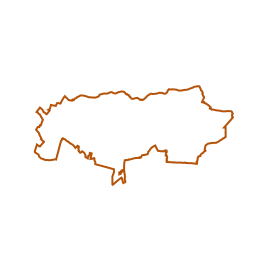 the district of Schitu Duca, Iasi, Romania, rotated 130°
{"feature_id": "2599482B72695645747592", "entity_name": "Schitu Duca", "entity_type": "district", "adm_level": 2, "iso_a3": "ROU", "parent_name": "Romania", "parent_adm1": "Iasi", "projection": "natural_earth1", "projection_center": [27.758, 47.015], "detail": "fine", "context": "isolated", "style": "outline", "palette": "amber", "viewbox_px": 256, "rotation_deg": 130, "n_neighbors": 0, "source": "geoboundaries", "source_scale": "gbopen_adm2", "svg_char_len": 5767}
<svg xmlns="http://www.w3.org/2000/svg" viewBox="0 0 256 256"><g transform="rotate(130 128 128)"><path d="M181.3,103.6L181.3,103.2L172.5,101.7L170.2,101.1L170.2,100.8L171.3,99.1L173.1,96.5L173.2,96.2L172.5,96.0L171.4,95.3L170.5,95.7L169.9,96.8L169.1,97.9L167.7,98.7L167.0,99.3L166.0,100.4L165.4,100.8L165.1,101.5L164.7,102.0L163.6,103.0L162.6,104.1L163.0,104.3L164.1,104.0L164.5,104.3L165.4,104.4L166.4,104.9L167.0,104.8L167.4,104.3L167.6,104.5L167.8,104.5L168.2,104.3L169.1,104.9L168.3,105.4L167.8,106.1L167.4,106.0L167.1,105.6L166.2,105.5L165.3,105.6L165.1,105.3L164.8,105.5L164.4,105.5L164.1,105.3L164.0,104.9L163.4,104.8L163.1,104.3L162.9,104.4L162.5,104.2L157.9,107.9L155.0,109.6L154.5,109.3L154.3,109.4L154.1,109.2L153.4,108.5L153.2,108.1L152.7,107.5L151.7,107.4L151.5,107.1L151.3,106.6L147.7,104.1L146.4,103.1L144.9,101.5L143.5,100.6L143.2,100.4L143.6,100.0L143.1,99.5L142.5,99.2L142.1,99.4L141.2,99.3L140.0,99.7L139.7,99.6L138.3,98.4L137.8,97.7L137.3,97.6L135.5,96.1L133.9,96.6L133.3,97.2L131.2,97.1L129.0,97.4L126.8,97.0L123.9,95.9L125.8,91.6L126.2,90.3L125.7,89.7L124.8,87.9L124.1,87.3L123.4,86.2L123.1,85.8L121.8,85.5L120.7,84.4L120.5,83.9L120.7,83.7L120.9,84.0L121.7,82.8L122.4,82.9L122.5,83.1L122.5,83.3L123.5,82.3L124.8,81.4L124.2,80.7L124.7,80.2L124.9,79.8L125.1,79.3L126.1,78.6L126.8,78.6L127.4,78.1L127.6,77.4L128.2,77.4L128.5,77.2L129.1,76.8L129.2,76.5L125.1,71.1L124.9,70.6L123.9,69.5L123.3,68.6L121.2,66.1L118.8,62.8L118.1,62.4L117.6,61.6L117.7,61.3L117.1,60.7L115.8,58.7L114.5,57.3L111.2,52.2L109.9,52.9L109.9,53.4L109.7,53.8L108.7,53.8L107.4,54.3L107.2,54.5L107.0,54.9L106.6,55.2L106.0,55.4L105.3,55.4L104.7,55.8L103.7,55.3L103.0,54.6L102.7,54.8L101.8,55.1L100.9,55.1L99.6,54.9L98.8,54.5L97.6,54.6L95.6,54.0L95.4,54.4L95.4,55.3L93.9,56.2L92.3,57.0L91.0,57.3L88.5,56.6L85.3,53.9L83.8,52.2L82.6,50.9L79.6,49.7L78.3,49.5L76.1,48.6L75.0,48.5L73.7,47.9L73.0,47.8L72.2,47.4L69.1,49.9L69.1,50.1L68.5,50.5L65.0,53.4L65.9,54.7L53.2,54.4L53.1,54.6L52.5,54.6L52.5,55.0L52.1,55.0L51.9,55.4L51.9,55.9L51.0,56.7L50.9,56.9L50.4,56.8L49.7,56.9L48.8,59.0L48.9,59.8L50.5,61.9L51.3,62.9L52.6,64.1L54.6,66.5L55.6,68.6L56.5,69.8L57.0,70.7L58.0,72.2L58.5,73.4L59.3,74.8L60.2,75.8L59.9,76.7L60.6,77.6L60.6,77.8L60.4,78.0L59.1,78.0L58.9,79.0L58.9,80.8L58.8,81.3L59.0,81.8L59.0,82.8L59.2,83.3L59.1,84.1L59.9,85.6L59.8,85.8L59.3,86.1L59.2,86.5L60.6,87.6L60.7,87.9L60.1,88.1L56.2,89.2L55.3,89.8L55.1,90.9L54.1,93.0L53.2,93.1L52.5,94.3L52.1,95.5L52.2,96.4L51.0,98.1L50.8,99.2L50.2,99.9L50.2,100.0L50.8,101.1L53.1,103.1L54.2,103.9L55.5,104.3L57.3,105.5L60.3,107.0L62.8,109.5L64.8,111.0L65.3,111.7L66.4,112.7L66.9,113.7L67.2,115.0L68.8,117.5L70.5,119.6L71.7,120.7L71.9,121.5L73.8,121.6L75.3,121.0L75.7,121.0L77.2,121.2L77.9,121.7L78.2,122.0L79.0,123.6L79.3,124.5L80.4,126.1L81.1,126.8L82.5,127.6L83.5,128.4L84.4,129.3L85.7,130.4L86.3,131.2L86.6,131.9L87.3,132.8L89.1,133.2L90.5,133.8L94.2,134.0L94.8,134.2L96.4,134.4L97.0,134.7L98.2,136.2L97.8,136.3L98.4,137.1L98.7,138.3L98.7,138.8L98.8,139.6L98.8,140.0L99.9,141.0L100.4,141.6L102.5,142.8L103.3,144.4L103.1,144.8L103.0,146.8L102.8,146.8L102.9,147.3L102.8,147.6L102.3,148.0L102.8,150.0L102.7,150.3L103.1,150.4L103.2,150.7L103.1,150.8L103.3,151.8L103.2,152.1L102.9,152.5L102.8,152.8L103.0,154.6L103.9,156.1L104.2,156.5L106.4,158.0L107.0,158.6L107.7,158.7L108.3,159.1L109.3,159.5L110.2,160.6L110.5,161.3L110.8,162.7L111.0,163.5L111.6,164.3L114.1,165.5L115.3,166.4L116.0,167.1L116.9,168.5L120.8,171.2L122.2,170.8L122.6,170.8L124.1,171.5L125.8,172.6L129.5,177.6L129.8,178.2L130.5,180.2L131.6,182.6L132.3,183.7L133.7,185.4L135.4,185.9L137.2,186.9L137.7,186.7L139.4,187.5L140.0,187.6L140.4,187.6L140.6,187.7L141.0,187.6L141.0,187.9L141.7,188.7L142.0,188.8L142.3,188.8L142.5,188.5L142.5,188.1L143.2,188.5L143.8,189.9L144.7,191.1L144.7,192.0L144.4,194.3L144.4,195.9L144.2,196.8L146.0,196.8L148.8,196.3L151.1,195.9L152.6,195.4L153.3,196.3L153.3,196.7L153.7,197.4L154.7,198.3L155.9,197.9L156.5,197.9L157.5,197.5L158.0,198.4L158.1,198.6L159.9,201.9L160.4,201.6L162.9,200.4L164.5,200.3L165.2,200.6L165.0,200.0L164.9,199.3L169.3,199.1L169.8,199.2L169.9,199.6L169.8,200.7L169.8,201.8L170.0,202.1L170.0,202.7L170.0,203.0L169.6,203.3L169.5,204.2L169.2,204.7L169.1,205.1L168.9,207.0L169.0,208.6L174.5,208.3L174.1,207.2L174.2,206.9L174.5,206.2L174.3,204.2L174.6,203.5L174.8,202.8L175.4,201.6L175.7,200.4L176.5,198.4L178.2,198.0L181.8,196.5L182.2,197.2L183.6,196.7L183.7,196.9L184.4,196.6L185.3,197.8L188.4,197.3L189.1,193.0L189.4,192.3L190.0,191.8L191.8,187.4L192.4,187.5L192.5,187.5L192.5,186.9L192.7,185.4L192.6,184.9L192.5,183.5L192.6,183.4L196.1,183.6L198.8,183.6L199.1,184.8L199.2,187.1L205.3,184.6L206.2,184.1L206.4,183.8L206.3,182.3L205.9,179.6L206.0,179.2L206.9,177.9L207.1,177.5L207.2,175.0L206.1,172.7L206.2,172.1L205.4,170.5L205.0,169.9L204.0,168.9L203.6,168.0L203.3,167.5L199.8,164.4L198.9,163.8L198.6,163.2L198.4,162.8L181.2,170.9L178.8,171.0L178.8,171.5L178.6,171.6L178.3,171.5L178.0,171.2L177.7,171.2L177.7,170.3L177.4,169.7L177.2,169.1L177.2,167.5L177.3,166.5L177.0,165.2L176.8,163.7L177.0,163.0L176.9,162.3L176.7,161.7L176.4,159.6L176.5,157.9L177.1,155.5L174.0,155.2L173.8,154.0L174.3,153.3L174.6,153.4L174.7,153.2L175.3,153.2L175.8,152.3L177.1,151.5L177.2,151.2L177.0,150.7L177.5,150.3L177.7,148.9L177.3,148.8L177.1,148.3L175.7,148.3L175.3,148.1L175.2,147.5L175.3,146.9L175.1,146.1L175.4,144.9L176.3,142.8L176.5,142.6L177.5,142.1L177.7,141.8L177.1,139.8L177.1,139.3L174.8,140.5L174.0,140.2L172.9,140.3L172.3,140.8L171.6,141.2L171.3,140.5L170.8,139.5L173.9,137.9L174.0,138.0L175.8,136.9L174.8,136.1L174.9,135.9L172.8,134.6L172.9,134.1L174.3,133.1L175.1,131.1L176.0,130.4L176.7,129.9L176.2,128.5L170.3,116.0L170.2,115.6L168.7,112.3L170.9,110.3L175.2,108.8L181.3,103.6Z" fill="none" stroke="#b45309" stroke-width="2"/></g></svg>